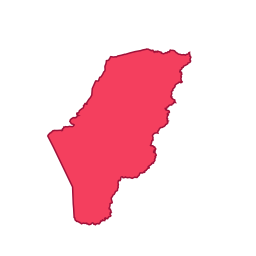 the district of Chikwawa, Chikwawa, Malawi, rotated 242°
{"feature_id": "42251766B28594103932184", "entity_name": "Chikwawa", "entity_type": "district", "adm_level": 2, "iso_a3": "MWI", "parent_name": "Malawi", "parent_adm1": "Chikwawa", "projection": "robinson", "projection_center": [34.783, -16.215], "detail": "fine", "context": "isolated", "style": "filled", "palette": "rose", "viewbox_px": 256, "rotation_deg": 242, "n_neighbors": 0, "source": "geoboundaries", "source_scale": "gbopen_adm2", "svg_char_len": 5811}
<svg xmlns="http://www.w3.org/2000/svg" viewBox="0 0 256 256"><g transform="rotate(242 128 128)"><path d="M146.1,53.2L102.0,51.4L86.4,43.9L82.4,42.2L74.2,38.4L73.5,38.8L71.9,38.2L71.3,38.2L70.0,38.9L69.7,38.8L69.1,39.7L67.9,40.5L67.2,41.2L66.6,41.2L66.1,41.7L65.3,41.9L65.0,43.9L64.1,45.0L63.3,46.9L63.0,47.0L62.7,46.7L62.0,47.5L60.9,48.2L60.5,49.9L60.9,51.6L60.9,52.1L60.1,52.7L59.6,52.9L59.0,52.7L58.7,53.3L57.9,53.7L58.0,54.4L58.4,55.0L58.0,55.6L57.8,56.6L57.0,57.2L56.9,57.5L57.5,58.4L57.4,59.1L58.6,60.1L58.1,61.2L58.8,62.3L58.6,62.5L58.1,62.5L57.2,64.0L58.0,64.7L58.0,65.1L58.2,65.3L58.7,65.4L59.1,65.1L59.3,65.5L59.2,65.9L58.0,66.6L57.5,67.4L58.6,69.2L58.3,70.8L58.5,71.6L58.8,71.8L59.8,71.6L60.5,71.7L61.1,72.7L61.2,73.3L61.8,72.9L62.2,73.8L62.5,74.0L63.7,74.0L64.6,74.3L65.0,73.7L65.5,73.4L65.8,73.7L66.3,73.9L66.8,74.7L68.3,75.9L69.6,76.6L69.7,77.0L69.4,78.4L69.4,78.8L69.8,79.2L72.8,79.8L74.1,80.4L74.9,82.1L75.8,83.2L76.0,84.8L77.8,87.2L77.8,89.2L78.0,89.5L79.1,90.1L80.2,91.5L81.6,92.0L82.4,92.9L84.3,93.4L85.9,94.7L86.1,95.0L85.8,95.8L85.3,96.1L85.3,96.4L86.2,97.5L87.3,98.1L87.8,98.8L87.9,99.3L87.7,100.0L87.4,100.2L86.6,100.2L86.3,100.4L85.9,101.6L86.0,102.7L85.4,102.9L84.8,103.8L84.4,104.0L83.6,106.2L81.6,108.1L81.4,110.9L80.5,112.0L80.1,112.8L80.2,113.2L80.5,113.6L81.1,115.7L82.2,116.8L82.3,117.3L82.6,117.6L82.4,118.5L81.9,118.9L81.6,119.3L81.5,120.6L81.7,121.2L81.2,121.5L81.1,121.9L82.2,122.9L82.1,124.2L82.5,124.7L82.7,125.7L83.2,126.5L82.8,127.7L82.8,128.0L83.3,128.2L84.3,127.7L84.5,128.0L85.0,131.8L85.6,132.1L85.7,132.4L85.1,133.9L85.9,134.2L85.9,134.9L86.7,136.4L87.1,136.8L87.7,136.6L88.0,136.8L88.4,137.3L88.9,138.4L90.2,138.6L90.4,138.9L90.3,139.7L90.8,140.2L92.0,140.3L92.7,140.1L93.9,140.3L94.3,139.3L94.8,139.3L95.2,139.8L95.0,141.2L95.4,141.4L96.1,141.0L96.2,142.4L96.6,142.7L97.6,142.6L98.4,142.3L98.8,142.5L99.1,141.9L99.6,141.9L100.2,141.6L100.7,141.6L101.6,139.9L102.2,139.7L103.1,141.2L103.7,141.4L104.2,142.1L105.4,142.9L105.5,143.0L105.3,143.9L105.7,144.6L106.4,144.4L107.5,145.5L109.6,145.9L110.1,146.4L110.7,147.9L110.9,149.1L110.2,151.2L109.5,152.0L110.2,152.1L110.6,152.6L111.2,152.9L111.4,153.8L112.5,155.2L112.7,156.0L113.1,156.7L113.1,157.0L112.5,158.4L112.4,159.1L112.6,159.8L112.4,160.6L112.8,162.1L113.4,162.9L113.3,163.9L113.5,164.8L113.8,165.1L113.9,165.6L114.9,165.6L115.2,166.0L115.3,166.8L116.1,166.2L116.8,166.4L117.4,167.3L117.7,167.2L118.1,166.9L118.4,166.9L118.7,167.3L119.2,167.6L119.7,168.2L120.4,168.7L120.6,169.8L120.8,169.9L121.7,169.2L121.9,169.2L122.3,170.2L122.2,171.5L122.5,172.0L123.4,172.2L123.8,172.2L124.8,171.5L124.9,171.1L125.5,170.6L126.1,170.5L126.3,170.0L127.5,170.1L128.1,169.5L127.4,171.1L127.4,171.9L128.2,172.6L127.9,173.3L128.1,174.1L128.5,174.3L128.7,175.0L128.6,175.8L127.8,177.4L128.4,178.2L128.3,179.3L128.6,179.8L128.8,180.8L128.7,181.2L128.3,181.8L129.0,181.7L129.2,181.8L129.5,181.3L129.8,182.1L130.2,182.0L130.9,182.4L131.7,181.6L133.3,180.9L134.5,180.7L134.7,181.2L135.1,180.7L135.4,180.6L136.5,181.4L136.9,182.0L137.9,182.9L138.7,183.0L139.8,183.5L139.9,183.9L140.1,185.3L141.2,185.6L142.2,188.5L142.5,189.0L143.5,189.4L144.0,190.7L144.2,191.9L144.1,193.2L144.5,194.6L144.0,195.3L143.4,195.6L143.0,196.7L143.3,197.5L143.6,197.5L144.1,196.7L144.7,197.3L146.7,197.8L148.2,199.2L148.7,199.0L148.9,199.1L149.8,199.8L150.3,200.9L150.8,200.9L151.3,200.7L152.0,201.4L152.3,201.3L153.1,200.1L153.7,200.3L153.9,201.0L154.6,201.2L154.7,202.4L155.1,203.5L155.9,203.8L155.7,205.3L156.4,206.0L156.5,206.7L156.4,207.4L156.4,210.5L156.5,210.8L157.1,211.3L156.9,213.2L157.2,214.2L157.9,214.8L158.8,214.6L159.2,215.0L159.7,215.1L160.9,216.7L161.9,216.8L162.2,216.4L162.5,216.3L163.2,216.8L165.2,217.4L165.8,217.8L165.9,217.1L165.2,216.2L165.2,215.1L165.6,214.2L165.4,213.0L166.1,212.3L166.3,211.9L166.7,211.6L166.8,211.0L167.6,209.4L168.5,208.7L169.5,207.2L170.9,206.7L171.8,206.0L174.3,205.3L175.4,204.2L176.6,202.1L176.9,202.0L176.9,201.6L176.3,201.0L176.2,200.5L175.8,200.3L176.4,199.3L176.3,199.0L176.5,198.6L176.0,197.6L176.8,196.6L176.7,196.4L176.8,194.3L178.4,192.6L179.0,193.0L179.3,192.9L181.3,190.7L181.9,190.5L181.9,190.0L181.4,189.6L181.4,189.3L182.3,188.6L182.6,188.6L182.3,187.7L183.1,187.2L182.8,186.7L183.9,186.6L184.3,186.4L184.3,186.5L184.9,186.5L185.4,185.6L185.3,184.9L185.7,184.5L186.4,184.3L186.7,183.8L188.0,183.0L189.0,181.4L188.9,181.2L190.0,177.7L190.4,175.4L192.1,170.2L193.4,164.8L194.3,160.1L194.6,159.8L195.4,156.2L196.3,153.1L196.4,152.7L196.2,151.3L196.8,150.3L197.5,148.4L199.1,146.3L199.0,145.9L197.6,144.1L197.7,143.9L197.0,142.9L197.2,141.6L197.6,140.6L197.5,140.4L196.4,139.8L194.7,138.3L194.0,137.3L193.0,136.4L190.3,135.2L189.2,134.2L188.8,132.8L187.3,130.9L186.0,128.6L185.8,127.9L186.0,126.8L185.8,126.6L184.6,125.2L183.9,124.6L183.5,123.8L184.3,122.1L184.6,122.0L184.7,121.5L179.5,114.9L174.1,111.5L172.4,108.9L172.1,107.9L171.4,106.4L170.1,104.1L169.3,103.0L168.5,103.1L168.5,102.6L168.9,102.4L169.1,102.7L169.5,102.5L169.3,101.8L169.7,101.4L169.3,100.9L169.1,100.3L168.5,99.7L168.5,99.2L167.9,99.1L166.8,97.9L166.7,97.4L166.8,96.7L166.5,95.6L166.5,94.9L166.1,93.4L165.9,92.9L165.1,92.2L164.8,91.5L165.1,89.8L164.5,89.4L164.0,89.8L163.6,89.2L162.3,90.1L162.4,89.8L162.3,88.7L161.7,87.6L161.6,87.1L162.0,86.5L161.8,86.2L161.9,85.8L162.4,85.4L162.9,84.4L162.7,83.4L162.8,82.5L162.5,81.7L162.3,80.9L161.7,80.5L161.3,79.8L160.9,79.7L159.8,80.0L158.9,79.9L157.8,80.4L157.3,81.1L156.0,81.9L155.7,81.6L155.3,80.3L155.4,79.4L156.3,77.9L156.8,77.4L157.4,75.1L158.6,73.3L158.6,72.2L159.0,71.8L158.9,71.6L158.3,71.3L157.8,69.5L157.6,69.2L157.0,69.3L156.7,68.8L156.7,68.3L157.6,67.5L159.2,64.0L160.4,61.9L160.5,61.5L160.4,61.2L160.8,60.7L160.8,60.2L160.4,59.2L160.3,58.1L160.0,57.7L160.2,56.9L159.7,55.6L159.5,54.7L158.6,53.4L146.1,53.2Z" fill="#f43f5e" stroke="#9f1239" stroke-width="1.5"/></g></svg>